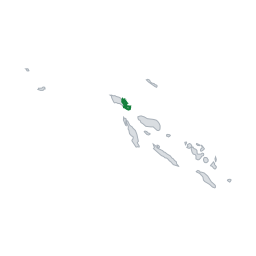 West Makira, Makira, Solomon Islands (highlighted), rotated 186°
{"feature_id": "97153195B7459502303210", "entity_name": "West Makira", "entity_type": "district", "adm_level": 2, "iso_a3": "SLB", "parent_name": "Solomon Islands", "parent_adm1": "Makira", "projection": "orthographic", "projection_center": [161.497, -10.428], "detail": "fine", "context": "in_parent", "style": "outline", "palette": "green", "viewbox_px": 256, "rotation_deg": 186, "n_neighbors": 0, "source": "geoboundaries", "source_scale": "gbopen_adm2", "svg_char_len": 5906}
<svg xmlns="http://www.w3.org/2000/svg" viewBox="0 0 256 256"><g transform="rotate(186 128 128)"><path d="M98.8,128.7L103.1,131.8L104.9,131.5L110.4,131.5L113.7,133.8L115.7,134.8L116.8,136.8L118.1,137.2L118.9,138.2L119.4,140.1L117.4,141.1L116.1,141.4L112.9,140.7L109.8,139.3L103.7,139.2L100.9,138.8L99.9,138.2L99.0,137.5L97.5,135.8L96.4,133.8L96.2,132.6L96.1,130.3L96.4,129.4L97.6,128.6L98.8,128.7ZM118.0,109.9L122.8,115.7L122.6,116.8L122.0,117.4L121.8,119.4L122.4,120.1L123.7,120.5L125.9,122.5L126.9,125.9L127.8,127.0L127.8,129.5L129.9,132.8L130.1,134.5L129.9,135.2L129.0,134.8L126.5,130.9L123.7,129.3L123.3,128.6L120.4,126.3L118.5,122.6L116.3,115.9L117.3,114.3L114.9,111.1L115.0,110.2L116.8,110.4L117.1,110.0L118.0,109.9ZM100.6,112.9L101.3,114.7L98.7,113.1L96.7,111.1L91.1,109.0L89.9,107.9L88.9,107.8L86.0,106.0L83.2,104.8L81.0,102.6L79.9,102.2L78.2,100.5L76.4,99.4L75.8,97.3L74.1,95.8L73.7,95.2L79.1,96.3L81.6,98.6L83.7,99.9L84.4,100.8L86.3,102.1L88.0,102.2L89.8,103.5L91.3,103.8L92.6,104.5L100.5,110.2L99.6,111.8L100.6,112.9ZM136.6,150.3L139.0,151.5L140.4,151.3L142.5,152.1L144.1,151.6L145.1,152.6L147.5,156.6L147.6,157.9L149.2,158.8L147.8,159.0L145.9,158.5L144.4,158.8L142.9,158.1L140.2,157.7L138.0,156.7L133.2,153.8L133.2,152.3L132.5,151.6L132.2,149.8L130.5,149.2L128.5,149.1L128.4,148.3L128.7,146.8L130.2,146.8L132.0,147.4L136.6,150.3ZM55.0,91.3L55.6,91.9L54.1,93.1L52.1,92.5L51.6,91.5L50.3,91.8L47.5,91.2L43.7,88.5L39.6,83.3L35.7,80.5L35.0,79.6L34.9,78.1L35.4,77.5L37.8,78.1L40.9,80.4L46.1,82.8L47.5,84.1L48.4,87.1L49.3,88.0L52.0,90.3L55.0,91.3ZM60.4,108.9L61.7,110.5L63.1,114.1L62.9,115.3L61.9,115.4L61.6,116.1L60.2,114.4L58.4,114.0L57.1,112.9L56.5,109.5L55.5,109.3L52.5,109.7L51.6,110.8L50.2,110.5L49.9,109.5L50.1,108.5L51.9,107.5L52.3,106.2L54.0,104.0L55.1,103.6L57.2,104.4L57.5,107.5L58.3,108.5L60.4,108.9ZM114.8,177.8L113.5,178.5L112.3,178.2L111.4,177.7L110.6,176.2L109.0,175.2L106.7,174.9L105.5,173.9L103.9,173.6L103.4,172.8L103.6,172.0L103.8,171.5L105.3,171.9L112.4,175.9L114.8,177.8ZM39.7,103.0L39.3,103.3L38.7,102.2L38.2,101.9L38.2,100.7L36.2,98.9L36.1,97.6L37.2,96.2L38.7,97.0L40.2,98.6L42.0,99.1L41.6,100.1L40.1,102.1L39.7,103.0ZM49.4,106.0L48.6,106.8L46.5,106.7L44.9,104.7L44.9,103.2L46.1,101.8L47.7,101.6L48.5,102.1L49.3,103.2L49.6,104.7L49.4,106.0ZM67.2,117.5L65.3,119.0L63.9,118.5L62.8,117.2L63.3,115.2L64.4,114.8L65.0,114.1L67.1,114.6L67.6,115.0L66.4,116.0L67.1,116.7L67.2,117.5ZM221.1,158.2L217.9,158.6L216.7,159.9L215.1,159.8L214.6,158.6L214.6,158.1L215.4,158.2L215.9,157.0L216.8,156.5L219.0,156.3L221.7,156.9L221.0,157.9L221.1,158.2ZM133.4,135.5L133.5,138.3L132.0,136.7L131.4,137.3L130.7,136.6L130.9,133.3L129.9,130.2L130.7,130.5L133.4,135.5ZM53.3,118.2L53.3,118.5L52.3,118.0L49.9,115.4L50.3,114.5L52.4,112.7L53.1,112.5L53.7,113.6L53.2,115.1L52.5,115.5L52.2,117.0L53.3,118.2ZM106.8,123.2L108.5,123.5L111.5,126.0L110.8,126.8L109.4,126.4L108.9,126.6L108.5,125.7L107.0,125.0L105.6,124.9L105.5,124.0L106.8,123.2ZM88.0,125.8L85.7,125.6L85.1,124.9L85.9,124.0L86.9,123.3L87.7,123.9L88.8,124.0L88.9,125.3L88.0,125.8ZM23.2,87.2L21.2,87.7L20.0,87.1L20.6,85.6L21.2,84.8L23.6,86.1L23.2,87.2ZM97.5,113.8L96.6,114.1L95.3,113.4L94.7,112.7L94.9,111.7L95.7,111.3L96.6,112.0L96.7,112.7L97.5,113.8ZM236.0,176.1L234.3,176.4L233.6,176.3L232.5,174.6L233.4,174.2L234.6,174.4L234.9,175.4L236.0,176.1ZM58.3,119.0L58.2,119.7L57.1,119.5L54.7,118.5L54.6,118.0L56.0,117.9L57.0,118.0L58.3,119.0ZM38.3,106.4L37.9,108.4L36.9,106.0L37.1,104.0L37.4,103.7L38.3,106.4ZM70.0,119.7L68.5,120.2L68.1,119.4L69.1,117.3L70.0,119.7Z" fill="#d9dde1" stroke="#a8b0b8" stroke-width="1"/><path d="M136.5,153.5L132.9,149.4L134.2,149.0L134.1,148.9L134.1,148.6L133.9,148.7L133.7,148.5L133.6,148.4L133.5,148.2L133.4,148.2L133.2,148.0L132.9,147.9L132.6,147.8L132.4,147.6L132.2,147.6L131.9,147.5L131.8,147.3L131.6,147.2L131.3,147.1L131.2,147.1L131.1,146.9L130.8,146.8L130.5,146.7L130.3,146.6L130.2,146.6L129.8,146.5L129.4,146.4L129.3,146.5L129.2,146.7L129.1,146.8L128.4,146.8L128.2,146.9L128.2,147.0L128.1,147.5L128.3,147.8L128.1,148.0L128.1,148.3L128.1,148.5L128.0,148.8L128.1,149.0L128.1,149.4L128.3,149.3L128.5,149.4L128.6,149.5L128.8,149.5L129.0,149.5L129.4,149.6L129.5,149.6L129.6,149.3L129.8,149.3L130.0,149.3L130.3,149.4L130.5,149.4L130.5,149.5L130.8,149.6L130.9,149.8L130.9,149.7L131.0,149.7L130.9,149.6L131.0,149.5L131.3,149.6L131.5,149.8L131.9,149.9L132.0,150.0L132.0,149.9L132.1,150.0L132.3,150.1L132.4,150.3L132.2,150.3L132.2,150.5L132.2,150.8L132.0,151.1L131.9,151.1L132.0,151.1L132.3,151.1L132.2,151.0L132.4,151.1L132.5,151.1L132.5,151.3L132.4,151.3L132.3,151.2L132.2,151.3L132.2,151.5L132.3,151.5L132.2,151.7L132.1,151.8L132.1,152.0L132.3,152.1L132.4,151.9L132.5,152.0L132.5,151.8L132.8,151.7L132.9,151.8L132.7,152.0L132.8,152.2L132.9,152.3L132.8,152.2L132.8,152.3L132.7,152.4L132.8,152.4L133.0,152.4L132.9,152.6L132.8,152.8L133.0,152.9L132.9,152.9L133.0,153.0L132.9,153.0L132.9,153.3L132.7,153.3L132.7,153.5L132.8,153.6L132.7,153.8L132.8,153.9L132.9,154.0L132.9,153.9L133.0,153.9L133.1,154.0L133.3,153.9L133.2,153.8L133.2,153.7L133.3,153.8L133.4,154.0L133.4,153.9L133.5,153.8L133.6,153.7L133.8,153.7L133.8,153.8L133.9,154.0L134.0,154.0L134.3,154.1L134.2,154.1L134.1,154.3L134.3,154.3L134.5,154.3L134.6,154.6L134.4,154.6L134.5,154.6L134.6,154.8L134.8,154.9L134.7,155.0L134.8,155.0L134.8,155.3L134.9,155.2L135.0,155.2L135.0,155.3L135.1,155.2L135.2,154.8L135.4,154.8L135.5,154.9L135.4,154.9L135.4,155.0L135.5,155.0L135.5,154.9L135.6,155.0L135.4,155.2L135.4,155.3L135.4,155.2L135.5,155.2L135.8,155.3L135.6,155.4L135.6,155.5L135.8,155.7L136.0,155.5L135.9,155.7L136.0,155.8L136.0,155.7L136.1,155.4L136.3,155.5L136.5,153.5ZM132.8,153.1L132.8,152.9L132.7,152.8L132.6,152.7L132.5,152.8L132.6,153.0L132.4,153.0L132.2,153.0L132.3,153.1L132.5,153.2L132.8,153.1L132.8,153.1ZM129.9,149.6L129.8,149.4L129.7,149.4L129.8,149.5L129.9,149.6ZM131.8,150.9L131.8,151.0L131.8,150.9Z" fill="none" stroke="#15803d" stroke-width="2"/></g></svg>